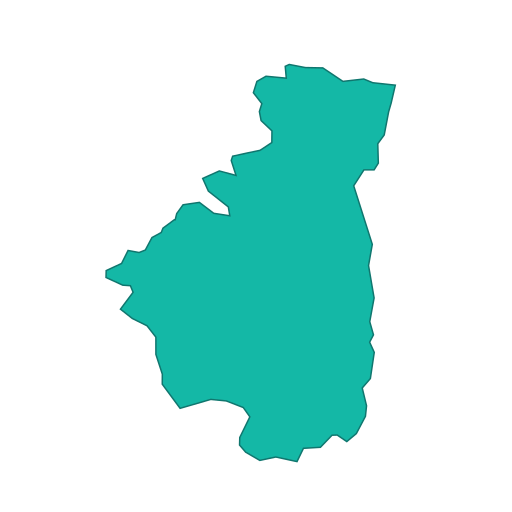 SVG path tracing the border of Surrey, rotated 283°
{"feature_id": "GBR-2755", "entity_name": "Surrey", "entity_type": "Administrative County", "adm_level": 1, "iso_a3": "GBR", "parent_name": "United Kingdom", "parent_adm1": "", "projection": "mercator", "projection_center": [-0.379, 51.274], "detail": "fine", "context": "isolated", "style": "filled", "palette": "teal", "viewbox_px": 512, "rotation_deg": 283, "n_neighbors": 0, "source": "natural_earth", "source_scale": "10m", "svg_char_len": 1250}
<svg xmlns="http://www.w3.org/2000/svg" viewBox="0 0 512 512"><g transform="rotate(283 256 256)"><path d="M232.6,130.1L233.1,141.3L236.9,146.8L250.6,150.5L257.6,158.4L262.2,159.1L272.9,168.2L273.1,169.1L279.5,169.2L289.5,173.4L291.7,179.0L295.5,188.8L288.1,205.2L289.3,221.4L297.6,218.0L308.5,195.0L319.6,186.6L330.6,201.1L330.0,218.4L343.5,210.4L348.0,210.8L354.5,224.5L359.9,236.2L370.1,245.9L381.5,243.4L389.1,230.5L397.5,226.8L405.8,227.4L414.5,216.7L426.3,217.6L432.0,223.8L433.4,225.3L436.1,245.5L447.4,241.8L450.1,245.3L450.7,261.7L454.3,278.8L445.7,301.4L452.7,321.2L451.1,330.8L453.8,353.3L435.6,353.3L426.3,352.8L402.8,353.7L392.8,349.4L374.0,354.3L366.5,351.7L364.2,341.8L346.4,335.4L293.5,366.7L272.0,367.8L241.7,380.5L217.6,381.6L205.6,388.2L197.6,386.1L188.7,392.9L162.3,395.0L151.3,389.2L134.9,397.4L124.4,398.7L105.5,393.7L95.6,386.2L99.8,375.4L98.5,370.4L84.1,361.8L79.3,345.5L64.9,342.2L64.6,320.5L57.7,305.7L62.5,290.1L68.1,282.5L75.5,281.0L97.9,286.2L105.5,277.7L108.1,259.6L106.1,244.2L90.5,216.3L110.0,193.5L119.8,191.3L137.6,180.6L154.4,176.7L163.5,165.5L167.3,149.5L173.7,135.9L193.0,144.4L198.8,140.3L197.6,132.7L201.3,114.7L208.1,113.3L218.5,126.7L232.6,130.1Z" fill="#14b8a6" stroke="#0f766e" stroke-width="1.5"/></g></svg>